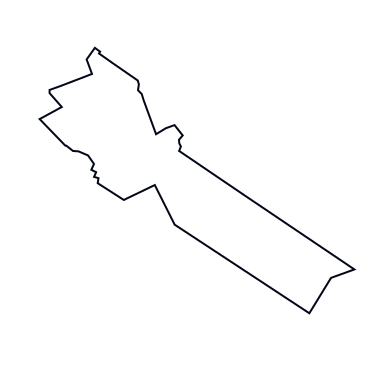 the district of Herkimer, New York, United States of America, rotated 129°
{"feature_id": "52423323B32160257293354", "entity_name": "Herkimer", "entity_type": "district", "adm_level": 2, "iso_a3": "USA", "parent_name": "United States of America", "parent_adm1": "New York", "projection": "albers", "projection_center": [-74.979, 43.461], "detail": "fine", "context": "isolated", "style": "outline", "palette": "ink", "viewbox_px": 384, "rotation_deg": 129, "n_neighbors": 0, "source": "geoboundaries", "source_scale": "gbopen_adm2", "svg_char_len": 703}
<svg xmlns="http://www.w3.org/2000/svg" viewBox="0 0 384 384"><g transform="rotate(129 192 192)"><path d="M161.6,149.6L168.2,227.8L163.6,229.3L162.2,232.5L159.6,235.0L153.9,234.8L151.0,247.7L159.0,252.5L169.7,256.3L151.2,287.2L147.5,292.7L146.9,298.0L141.8,301.0L139.5,304.3L140.1,312.4L141.8,335.0L142.9,351.5L140.8,351.7L141.1,358.2L155.3,357.3L163.2,344.0L192.6,361.0L202.3,366.9L204.8,364.9L207.9,346.7L231.2,356.3L235.7,319.6L235.1,318.9L235.0,310.3L231.8,305.7L231.0,302.8L229.0,295.8L231.9,285.8L238.1,284.2L236.9,279.0L241.9,277.6L240.1,273.4L244.5,270.8L241.1,240.0L210.0,225.3L228.3,184.9L212.4,24.5L171.2,29.9L150.0,17.1L161.6,149.6Z" fill="none" stroke="#020617" stroke-width="2"/></g></svg>